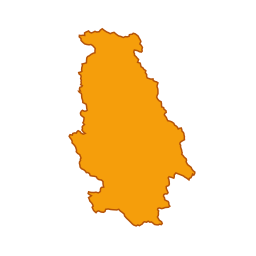 Santa Maria de Jetibá, Espírito Santo, Brazil (Equal Earth projection), rotated 111°
{"feature_id": "56859067B73059385087419", "entity_name": "Santa Maria de Jetibá", "entity_type": "district", "adm_level": 2, "iso_a3": "BRA", "parent_name": "Brazil", "parent_adm1": "Espírito Santo", "projection": "equal_earth", "projection_center": [-40.809, -20.084], "detail": "fine", "context": "isolated", "style": "filled", "palette": "amber", "viewbox_px": 256, "rotation_deg": 111, "n_neighbors": 0, "source": "geoboundaries", "source_scale": "gbopen_adm2", "svg_char_len": 4511}
<svg xmlns="http://www.w3.org/2000/svg" viewBox="0 0 256 256"><g transform="rotate(111 128 128)"><path d="M51.5,199.6L52.5,200.6L53.6,201.7L54.8,202.6L56.0,202.1L57.1,201.6L57.5,203.2L58.5,205.0L58.9,206.6L60.4,206.2L61.3,204.0L63.1,203.2L64.2,200.8L65.0,198.6L64.8,196.4L64.3,194.2L63.3,192.5L63.7,190.6L64.8,188.3L65.6,187.0L66.8,186.8L68.0,186.4L69.6,185.8L70.7,187.3L72.4,188.8L74.4,190.0L75.8,191.3L77.4,191.6L79.8,190.9L82.0,190.2L83.2,191.6L84.7,193.8L86.2,192.9L88.0,192.8L90.2,192.2L91.6,191.4L92.8,192.3L93.9,193.9L95.1,193.0L95.6,191.0L97.0,190.1L98.9,189.9L100.0,188.7L101.3,188.6L102.9,187.6L104.5,187.7L104.8,185.8L106.0,186.0L107.3,187.5L109.1,187.3L110.5,185.7L111.3,187.3L112.1,186.1L112.5,184.0L113.8,183.1L115.1,182.6L116.6,181.8L118.0,180.6L119.2,179.8L120.4,179.3L120.6,177.4L120.8,175.6L122.3,174.6L124.4,173.6L126.0,172.4L127.3,173.4L128.0,174.8L127.8,176.9L129.1,177.6L131.1,177.8L132.7,176.8L133.4,175.2L134.0,172.8L135.8,172.2L138.0,171.8L139.3,172.0L140.4,169.9L141.8,170.8L143.5,171.2L145.1,170.2L146.3,170.3L147.7,168.2L148.4,166.0L149.8,167.6L149.6,170.0L148.7,171.3L148.4,173.6L149.7,174.3L151.1,174.3L151.8,176.2L152.9,177.6L154.5,177.4L155.0,179.7L156.8,180.0L158.1,178.3L159.1,176.6L160.3,175.4L161.9,174.9L162.6,173.2L163.6,171.4L164.5,170.2L165.8,169.1L167.1,168.1L168.7,167.8L169.7,165.9L170.2,163.5L171.5,162.3L172.9,161.1L174.1,161.4L175.3,160.7L177.0,161.1L178.4,160.7L179.9,159.6L181.6,158.7L182.7,156.9L182.8,154.5L183.5,152.4L184.6,150.9L184.0,149.5L184.4,147.6L186.0,146.2L185.7,144.3L185.2,142.5L184.9,140.1L186.2,138.5L186.6,136.8L186.1,134.0L187.0,132.1L188.4,131.6L190.1,130.7L191.9,129.5L192.9,131.4L194.1,131.9L195.7,131.6L196.9,131.1L198.2,131.6L199.2,132.6L199.4,134.9L200.4,136.6L201.4,139.5L201.7,141.9L203.5,141.7L204.1,139.6L204.3,137.9L205.5,138.6L207.1,139.9L208.3,138.7L209.9,137.4L211.0,135.1L212.2,133.5L213.5,132.5L214.8,133.1L216.1,131.8L217.0,130.9L217.8,129.5L218.5,127.5L217.0,127.0L215.9,125.8L216.1,123.1L215.5,120.7L214.2,119.6L211.9,119.7L210.7,117.5L210.3,115.0L209.7,112.9L209.2,111.3L208.5,109.1L207.2,107.5L208.3,105.3L208.9,102.9L209.8,100.6L211.3,99.7L212.8,96.9L213.8,94.4L214.9,91.9L215.8,90.0L216.5,88.1L216.5,85.3L215.0,84.1L215.1,82.3L213.8,81.4L212.7,80.4L211.0,79.9L209.7,79.2L209.3,76.9L207.8,75.8L208.1,73.8L207.3,72.5L207.7,70.9L208.5,68.7L208.2,66.9L207.6,65.0L206.6,64.2L206.2,62.2L204.8,61.8L203.5,63.1L202.9,65.7L201.6,67.3L200.5,68.7L198.9,68.4L197.5,68.7L196.1,69.4L194.4,69.7L193.7,71.1L192.5,71.3L191.4,70.2L191.2,67.6L190.1,66.1L189.0,64.9L188.3,63.5L187.5,61.9L186.0,60.9L185.0,62.3L183.1,63.2L182.2,64.3L182.1,66.2L181.8,68.1L180.3,68.7L178.9,70.5L177.3,70.7L176.1,69.6L175.6,68.0L174.1,67.4L172.7,68.6L171.7,69.7L170.5,70.7L168.9,71.3L167.1,69.4L165.6,69.3L163.6,70.2L161.4,71.5L160.2,72.6L158.7,72.2L158.5,69.6L158.4,67.3L157.1,67.3L155.3,68.0L152.8,67.2L152.8,61.5L152.9,59.1L153.5,57.2L153.7,55.5L154.6,52.5L153.0,52.6L151.8,51.4L150.4,51.3L149.1,51.0L147.9,51.2L148.4,49.7L146.7,49.4L145.2,49.8L144.6,51.7L143.6,53.5L142.1,55.0L141.4,57.3L140.8,59.2L139.6,60.7L138.6,61.7L137.1,61.8L135.9,62.7L135.1,65.0L133.9,66.9L133.3,68.4L131.8,68.5L130.6,69.4L129.3,70.1L128.2,71.1L126.8,72.2L125.2,72.7L124.3,74.0L123.0,74.1L121.6,73.5L120.1,72.3L118.7,71.1L117.1,71.9L115.9,72.2L114.5,73.2L113.3,73.8L112.3,74.7L111.6,76.4L110.1,77.3L108.9,78.3L109.9,79.9L110.9,80.8L109.6,82.1L108.9,83.7L108.6,85.5L107.2,86.9L106.6,89.3L106.6,91.2L106.9,93.5L105.7,94.9L104.4,96.0L103.7,97.3L102.7,98.8L101.1,98.9L99.8,97.9L98.3,98.7L97.5,101.2L96.2,102.0L96.2,104.1L94.7,104.9L93.2,105.5L91.6,106.5L91.4,108.6L90.5,110.5L88.9,112.3L87.2,112.5L85.3,112.3L83.5,113.0L81.8,113.7L80.4,114.5L79.1,115.7L77.9,116.1L76.7,116.1L75.1,116.2L74.7,117.9L74.9,119.5L74.6,121.5L73.2,122.2L74.2,124.2L74.3,126.0L74.4,127.9L73.2,129.1L71.4,129.7L70.2,131.6L68.0,132.0L67.6,134.1L66.5,135.6L66.1,137.8L64.9,138.6L63.1,139.8L63.2,142.6L61.5,142.6L60.2,142.7L59.6,144.2L58.5,146.1L57.8,148.0L56.3,148.6L55.1,149.9L52.9,150.0L52.4,146.9L52.7,144.6L52.3,142.7L51.1,142.3L49.6,143.2L47.6,143.4L46.0,145.4L45.3,147.1L44.0,147.1L42.8,146.9L41.8,147.7L40.9,148.8L39.7,150.3L38.6,151.4L38.1,152.9L37.5,155.1L37.7,157.1L38.9,157.6L39.6,158.9L40.4,160.1L42.0,159.9L43.2,161.4L43.6,163.2L45.2,164.8L45.1,167.5L45.4,169.9L44.6,172.7L43.7,175.3L44.9,177.0L46.3,178.4L46.0,180.4L46.0,182.2L45.3,185.4L44.6,187.6L46.5,188.9L48.4,189.4L49.6,191.5L49.6,193.5L51.2,194.9L52.4,196.3L52.3,198.2L51.5,199.6Z" fill="#f59e0b" stroke="#b45309" stroke-width="1.5"/></g></svg>